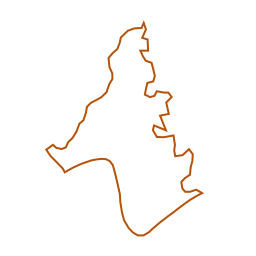 outline of Barra do Guarita, Rio Grande do Sul, Brazil, rotated 185°
{"feature_id": "56859067B90277540164960", "entity_name": "Barra do Guarita", "entity_type": "district", "adm_level": 2, "iso_a3": "BRA", "parent_name": "Brazil", "parent_adm1": "Rio Grande do Sul", "projection": "robinson", "projection_center": [-53.764, -27.213], "detail": "fine", "context": "isolated", "style": "outline", "palette": "amber", "viewbox_px": 256, "rotation_deg": 185, "n_neighbors": 0, "source": "geoboundaries", "source_scale": "gbopen_adm2", "svg_char_len": 1413}
<svg xmlns="http://www.w3.org/2000/svg" viewBox="0 0 256 256"><g transform="rotate(185 128 128)"><path d="M48.5,69.6L54.7,72.5L60.5,69.9L65.4,69.4L68.5,72.4L70.2,78.9L66.8,83.2L62.2,86.8L62.1,94.5L61.0,100.9L61.2,107.5L65.4,112.2L71.3,105.7L78.5,104.0L80.0,109.6L79.8,115.5L82.0,124.5L91.8,121.9L98.5,121.6L103.0,128.0L102.3,132.8L90.0,129.0L97.1,143.1L88.6,145.6L92.1,156.7L87.2,162.7L91.0,166.8L95.7,166.4L102.5,167.1L104.5,162.3L108.7,160.7L114.1,162.7L113.6,167.7L112.6,174.6L106.9,176.6L105.8,182.3L108.2,189.4L110.2,195.0L116.1,196.5L119.3,200.6L122.4,206.1L114.7,206.8L116.2,217.9L121.7,219.1L118.7,227.8L121.5,234.1L123.2,228.8L130.3,227.8L136.6,224.9L143.0,217.6L143.6,212.5L145.4,205.8L149.7,201.4L153.5,196.0L151.7,186.9L148.4,181.0L147.8,175.4L150.4,170.2L152.5,161.8L157.2,156.4L161.7,153.3L167.2,149.8L170.7,145.6L171.2,139.7L173.1,131.8L176.8,128.0L179.0,119.9L182.3,113.4L186.5,108.5L188.2,103.4L192.1,101.3L197.6,101.9L201.3,104.7L207.5,99.3L202.9,93.5L196.5,88.1L189.5,82.0L187.1,78.3L183.8,80.7L179.2,83.8L172.9,87.4L168.8,89.4L161.7,92.5L156.5,94.0L151.3,95.0L147.2,95.0L143.4,93.5L139.8,89.6L136.9,81.7L134.8,75.3L133.1,70.1L130.3,61.3L129.2,53.6L126.7,43.6L123.9,35.8L118.7,28.5L114.1,24.4L108.8,21.9L103.1,22.4L98.1,26.0L94.9,29.6L91.8,32.8L87.5,37.1L80.4,43.6L75.4,47.9L71.9,51.3L67.4,55.3L63.8,58.5L59.9,61.8L54.8,65.5L48.5,69.6Z" fill="none" stroke="#b45309" stroke-width="2"/></g></svg>